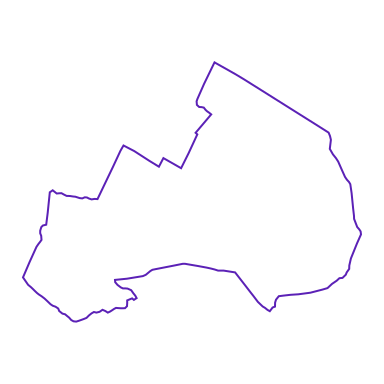 outline of Westlands, Nairobi, Kenya
{"feature_id": "3690345B99886458952319", "entity_name": "Westlands", "entity_type": "district", "adm_level": 2, "iso_a3": "KEN", "parent_name": "Kenya", "parent_adm1": "Nairobi", "projection": "robinson", "projection_center": [36.774, -1.232], "detail": "fine", "context": "isolated", "style": "outline", "palette": "violet", "viewbox_px": 384, "rotation_deg": 0, "n_neighbors": 0, "source": "geoboundaries", "source_scale": "gbopen_adm2", "svg_char_len": 2255}
<svg xmlns="http://www.w3.org/2000/svg" viewBox="0 0 384 384"><path d="M62.4,313.6L65.1,314.3L67.1,316.0L69.1,317.6L71.2,320.0L73.5,321.3L76.2,321.6L78.8,320.8L81.6,319.8L83.8,319.0L86.5,317.9L89.0,315.4L91.5,313.4L93.9,312.0L96.4,312.6L99.6,311.8L102.5,309.8L105.3,311.0L107.8,312.6L110.0,311.6L112.2,310.2L114.1,308.9L116.0,307.9L118.3,308.1L121.3,308.3L125.0,308.2L127.0,306.2L127.2,303.0L127.2,300.4L129.6,299.4L132.1,298.4L133.9,299.9L136.6,298.1L135.3,295.7L133.3,293.2L131.2,290.2L127.6,288.6L125.4,288.4L122.9,288.4L120.8,287.4L117.5,284.9L115.2,282.2L115.0,279.9L127.0,278.7L142.9,276.1L145.8,274.8L150.4,271.0L152.4,269.8L155.3,269.2L172.8,265.8L182.8,263.8L185.0,263.8L197.9,266.0L206.6,267.6L210.8,268.5L214.7,269.5L218.1,270.6L223.6,270.6L235.1,272.4L245.2,285.4L250.9,292.8L253.2,295.7L257.9,301.9L262.7,306.5L264.9,307.8L267.5,309.9L269.8,311.2L272.6,307.5L275.0,306.6L275.1,302.6L276.0,299.7L278.8,296.2L283.5,295.6L290.6,294.8L298.3,294.3L310.4,292.7L322.4,289.6L327.5,288.1L332.0,283.9L336.7,280.7L339.4,278.2L342.5,277.9L345.8,274.7L346.7,272.4L349.2,268.9L349.3,265.5L350.9,258.5L357.0,243.4L361.0,234.4L360.6,231.4L359.2,229.3L357.2,227.0L354.1,218.9L354.0,216.0L353.1,208.2L351.6,193.1L350.3,184.2L349.0,182.0L346.9,179.7L345.0,176.9L341.9,170.0L338.2,161.6L336.0,158.2L332.9,154.3L329.8,148.9L330.9,139.8L330.0,136.0L328.6,132.6L305.8,118.2L244.1,79.4L235.1,74.0L214.5,62.4L204.1,83.8L197.4,99.0L196.6,101.3L196.9,104.9L199.2,107.0L201.4,107.1L203.8,107.6L205.5,109.8L207.1,111.3L209.0,112.6L211.2,114.4L195.6,132.8L197.3,134.4L188.6,153.2L181.1,168.2L163.4,158.1L158.9,166.7L149.3,160.8L138.0,153.5L134.3,151.1L123.5,145.5L121.7,148.6L120.4,150.9L112.9,167.0L97.5,199.1L94.6,198.9L91.6,199.4L88.9,198.5L87.0,197.5L84.8,197.3L82.3,198.4L79.7,198.1L75.3,196.7L73.1,196.5L69.9,196.0L66.6,195.9L63.8,194.5L61.5,193.2L59.0,193.3L56.7,193.5L52.7,190.3L49.8,192.3L47.7,212.8L46.2,224.7L42.9,225.5L41.3,227.1L40.2,230.7L40.2,233.3L41.2,235.8L41.5,239.9L40.0,242.0L38.5,243.9L36.5,246.8L29.6,262.0L23.0,277.4L25.9,281.6L28.1,284.8L31.0,287.2L33.0,289.1L34.9,291.0L37.0,293.0L38.9,294.5L41.5,296.2L44.5,298.5L47.4,301.2L50.5,304.2L52.7,305.7L55.5,306.7L58.2,308.5L59.2,311.0L62.4,313.6Z" fill="none" stroke="#5b21b6" stroke-width="2"/></svg>